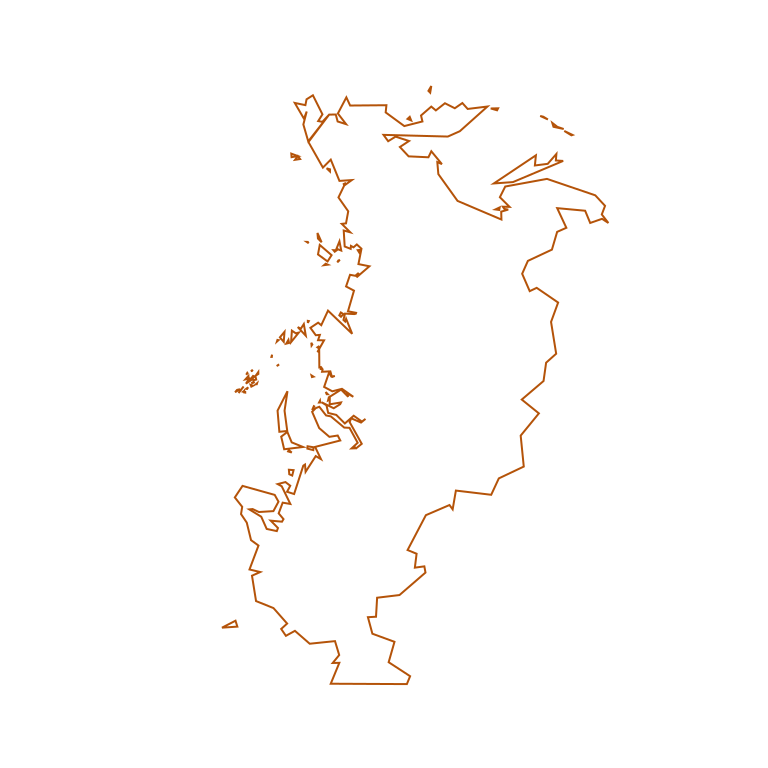 an SVG outline of Russia, rotated 287°
{"feature_id": "RUS", "entity_name": "Russia", "entity_type": "country or territory", "adm_level": 0, "iso_a3": "RUS", "parent_name": "Europe", "parent_adm1": "", "projection": "albers", "projection_center": [98.07, 61.527], "detail": "fine", "context": "isolated", "style": "outline", "palette": "amber", "viewbox_px": 768, "rotation_deg": 287, "n_neighbors": 0, "source": "natural_earth", "source_scale": "50m", "svg_char_len": 6226}
<svg xmlns="http://www.w3.org/2000/svg" viewBox="0 0 768 768"><g transform="rotate(287 384 384)"><path d="M609.8,542.7L603.6,551.5L605.7,544.2L598.3,534.1L608.5,525.7L602.8,498.2L586.7,512.7L580.1,505.1L561.6,505.3L543.8,485.6L529.8,483.9L515.4,496.2L520.6,501.9L512.8,526.7L492.2,525.6L463.3,539.8L451.8,532.8L433.5,535.7L409.4,520.3L401.2,540.7L374.6,529.8L345.9,541.8L327.3,521.4L309.4,518.9L303.1,483.9L284.2,486.3L287.4,482.0L270.8,462.4L232.1,455.1L231.2,464.8L217.4,467.2L221.4,475.9L215.8,478.8L186.7,460.5L177.6,439.9L159.1,444.4L156.3,436.8L141.8,445.9L140.5,469.4L119.3,469.8L112.2,494.4L103.7,493.6L81.8,420.7L104.3,422.8L102.2,416.5L111.7,420.4L123.8,412.3L113.9,388.9L121.9,371.0L114.5,363.8L119.7,357.3L126.6,361.4L137.4,343.8L139.0,325.1L162.1,313.8L168.0,320.6L167.3,309.6L192.8,311.2L195.8,302.5L211.3,293.3L217.8,285.3L225.1,284.3L231.9,274.5L245.2,278.5L246.0,311.9L240.6,317.5L230.1,315.4L225.0,301.8L226.0,294.9L224.7,291.8L221.2,305.4L211.1,314.2L212.0,324.5L215.3,324.7L220.2,315.6L222.5,326.7L225.4,327.4L229.5,321.1L240.9,321.8L241.9,329.5L256.3,316.1L257.2,311.6L261.4,318.4L259.3,324.1L252.6,322.8L252.5,330.2L282.3,330.7L283.9,332.0L277.1,334.7L295.1,339.8L293.7,345.7L303.7,336.5L317.2,358.7L321.2,354.8L317.5,347.2L322.9,334.9L336.4,323.4L341.0,325.8L343.3,328.8L337.0,337.8L337.5,342.6L330.7,358.7L332.0,363.8L320.1,376.0L312.9,371.8L314.4,376.2L320.3,380.2L337.5,362.3L341.6,362.6L340.4,373.3L345.2,376.5L341.6,373.9L344.8,364.3L334.8,358.1L340.5,347.4L340.0,339.1L346.8,335.2L348.3,329.6L346.1,343.0L351.9,348.0L353.8,348.3L348.7,338.0L356.0,335.9L366.1,344.6L361.3,353.5L364.2,351.6L362.8,358.4L367.1,345.2L361.9,336.7L363.7,327.6L378.9,328.1L375.7,331.4L375.6,332.4L377.3,334.6L375.9,331.9L380.4,329.0L377.6,321.2L380.1,321.0L381.8,318.7L381.0,317.3L396.9,312.3L395.1,311.0L408.2,313.9L406.6,308.1L412.2,308.3L410.7,304.5L416.2,297.2L423.4,303.1L421.9,306.8L437.8,309.0L422.7,338.9L435.3,328.7L432.4,328.6L433.4,326.5L439.9,326.1L442.2,335.2L443.0,336.5L443.9,336.5L443.0,328.3L464.5,328.0L466.2,319.2L478.5,319.6L479.1,324.9L482.8,327.3L478.0,326.6L492.3,335.6L491.2,324.5L506.8,322.9L509.5,317.2L505.8,314.9L506.4,312.0L503.5,312.6L504.0,306.2L519.0,300.6L519.2,307.4L524.8,296.8L526.5,300.7L538.7,299.3L549.1,285.9L562.1,287.9L569.6,293.6L565.2,282.0L583.0,267.5L573.1,262.3L593.3,241.0L625.6,252.8L627.6,259.1L621.5,262.9L621.4,271.8L629.2,260.8L647.1,264.2L640.4,270.2L651.3,304.8L644.2,306.2L636.6,328.0L646.3,344.0L651.6,340.9L663.1,348.1L660.8,353.6L670.3,360.2L668.4,371.1L675.6,376.8L671.5,383.6L679.6,401.8L647.9,382.6L639.3,372.7L622.1,310.7L617.4,317.0L623.9,322.7L623.7,336.9L615.3,329.9L608.9,341.0L613.8,360.2L620.4,361.2L611.2,375.1L611.8,370.1L600.6,374.6L580.6,400.8L575.6,448.2L583.1,445.7L587.1,451.8L586.6,448.0L588.3,445.8L590.1,452.3L596.5,440.2L608.3,442.2L627.8,479.9L626.2,530.9L619.0,543.3L609.8,542.7ZM593.9,240.6L608.6,231.0L622.0,230.4L614.3,229.9L626.7,216.5L627.7,227.3L633.6,226.7L639.3,231.6L623.9,246.3L616.2,244.2L616.7,248.4L625.6,252.8L593.9,240.6ZM348.9,293.8L329.4,296.7L310.8,305.2L307.7,297.9L327.4,290.0L348.9,293.8ZM607.9,430.4L647.1,462.4L637.1,464.4L642.4,476.2L654.4,481.6L648.0,483.0L649.7,490.1L614.8,448.3L607.9,430.4ZM303.6,301.1L309.9,305.6L301.2,312.8L300.1,325.0L292.4,307.6L303.6,301.1ZM484.7,294.2L488.6,283.0L498.2,281.9L491.9,296.2L484.7,294.2ZM396.9,282.9L408.1,280.3L406.7,284.8L408.3,287.5L396.9,282.9ZM398.2,270.8L404.8,273.6L395.0,275.8L398.2,270.8ZM413.2,284.9L412.6,288.3L417.9,289.8L407.3,295.1L413.2,284.9ZM501.3,282.9L503.8,278.3L509.0,276.2L501.3,282.9ZM103.6,300.3L114.2,311.2L109.1,314.7L103.6,300.3ZM336.7,248.9L340.6,250.5L332.8,247.6L336.7,248.9ZM499.5,299.0L507.4,299.7L499.1,304.1L499.5,299.0ZM576.8,235.0L573.9,229.3L577.2,228.0L576.8,235.0ZM275.2,322.7L269.6,323.0L270.0,319.8L274.2,318.1L275.2,322.7ZM344.0,251.9L347.7,252.9L348.3,255.3L344.0,251.9ZM354.1,258.6L350.9,260.5L349.3,258.0L351.0,256.6L354.1,258.6ZM356.9,260.9L354.5,258.9L358.7,260.3L356.9,260.9ZM302.9,335.1L300.1,335.7L299.8,329.6L302.1,329.1L302.9,335.1ZM398.3,279.7L395.5,281.2L394.0,278.7L398.3,279.7ZM347.9,250.1L352.0,252.0L349.5,252.9L347.9,250.1ZM576.8,235.0L574.6,238.0L572.4,233.4L576.8,235.0ZM335.4,245.2L336.9,247.8L332.6,244.0L335.4,245.2ZM342.2,323.8L338.0,322.9L342.3,323.4L342.2,323.8ZM439.8,321.8L439.0,324.7L435.7,323.2L436.6,321.2L439.8,321.8ZM573.5,266.1L573.5,269.6L571.4,270.2L573.5,266.1ZM347.1,258.9L346.0,256.8L348.3,259.5L347.1,258.9ZM350.1,253.5L350.0,256.0L348.7,253.4L350.1,253.5ZM682.9,468.6L680.6,474.6L680.4,481.3L679.5,470.9L682.9,468.6ZM344.2,256.7L344.1,259.3L342.7,257.9L344.2,256.7ZM355.9,335.1L352.4,335.8L351.9,335.3L355.9,335.1ZM647.0,330.5L644.0,332.9L644.4,329.0L647.0,330.5ZM497.2,296.5L498.0,299.6L496.1,298.2L497.2,296.5ZM583.5,439.5L586.7,443.0L584.1,443.3L583.5,439.5ZM678.7,405.5L681.0,412.5L678.8,412.1L678.7,405.5ZM341.1,255.1L339.2,254.5L339.1,253.6L341.1,255.1ZM359.3,330.6L357.8,333.2L357.5,332.2L359.3,330.6ZM482.0,293.1L481.7,295.4L480.1,291.9L482.0,293.1ZM676.6,490.5L678.7,482.4L677.3,491.5L676.6,490.5ZM395.0,269.2L395.1,270.3L393.3,269.2L395.0,269.2ZM293.0,312.3L291.5,315.8L291.5,312.0L293.0,312.3ZM354.2,256.7L352.8,256.9L352.0,255.9L354.2,256.7ZM379.3,268.4L377.1,268.8L377.0,268.4L379.3,268.4ZM677.3,340.8L682.8,342.1L676.1,343.0L677.3,340.8ZM564.5,288.1L563.8,288.6L562.9,286.4L564.5,288.1ZM686.2,458.2L684.9,463.4L686.0,455.0L686.2,458.2ZM354.4,250.4L352.6,249.5L354.7,250.0L354.4,250.4ZM336.7,253.3L335.2,253.8L335.1,253.1L336.7,253.3ZM359.2,254.3L358.0,254.0L357.3,253.0L359.2,254.3ZM347.6,262.4L346.6,262.4L346.3,261.6L347.6,262.4ZM399.6,309.6L401.4,311.1L399.4,310.2L399.6,309.6ZM369.8,276.1L371.6,277.5L371.8,278.0L369.8,276.1ZM402.2,302.4L400.8,303.9L399.6,303.5L402.2,302.4ZM349.4,327.7L347.7,328.5L347.3,327.3L349.4,327.7ZM315.7,374.0L314.3,375.3L314.0,373.0L315.7,374.0ZM488.7,304.2L489.8,305.5L486.7,303.8L488.7,304.2ZM371.0,312.2L370.4,314.4L369.6,313.1L371.0,312.2ZM504.3,319.8L504.9,321.2L502.9,321.4L504.3,319.8ZM379.0,319.3L380.7,318.7L380.9,319.2L379.0,319.3ZM422.1,292.7L422.2,293.7L420.2,293.3L422.1,292.7ZM336.4,252.2L335.4,252.5L335.4,251.5L336.4,252.2ZM497.6,269.6L496.6,270.7L497.3,268.5L497.6,269.6Z" fill="none" stroke="#b45309" stroke-width="2"/></g></svg>